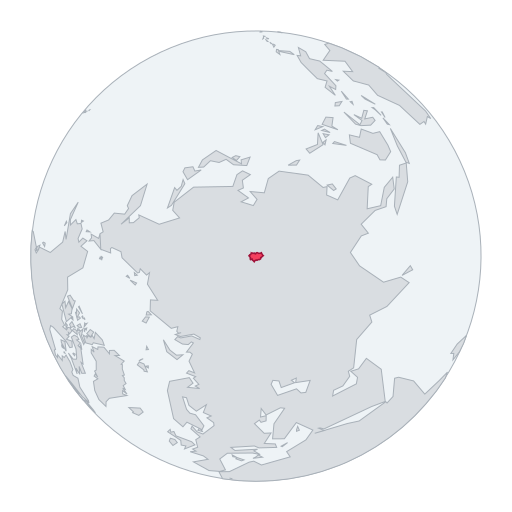 Övörhangay on an orthographic globe, rotated 242°
{"feature_id": "MNG-3327", "entity_name": "Övörhangay", "entity_type": "Province", "adm_level": 1, "iso_a3": "MNG", "parent_name": "Mongolia", "parent_adm1": "", "projection": "orthographic", "projection_center": [102.848, 45.744], "detail": "fine", "context": "on_globe", "style": "filled", "palette": "rose", "viewbox_px": 512, "rotation_deg": 242, "n_neighbors": 0, "source": "natural_earth", "source_scale": "10m", "svg_char_len": 13253}
<svg xmlns="http://www.w3.org/2000/svg" viewBox="0 0 512 512"><g transform="rotate(242 256 256)"><circle cx="256" cy="256" r="225" fill="#eef3f6" stroke="#a8b0b8"/><path d="M383.5,70.3L382.1,70.8L366.8,66.2L365.3,63.8L361.8,63.4L363.5,66.7L365.5,69.0L355.7,76.0L359.0,91.8L367.3,99.0L359.8,96.1L380.5,112.0L387.0,124.3L375.2,109.1L370.5,106.7L372.7,114.1L368.3,113.3L366.9,116.7L361.5,115.2L355.0,107.1L351.4,106.1L353.1,111.5L348.8,113.9L346.8,106.0L339.1,109.5L326.8,97.6L325.8,79.7L314.5,73.9L301.6,58.1L298.3,59.2L291.3,54.7L284.8,54.5L284.3,52.1L279.6,54.1L281.4,56.3L279.9,58.1L276.3,58.3L274.9,55.1L276.6,54.5L274.3,53.8L275.2,52.2L272.7,53.1L271.5,49.5L267.3,53.5L261.8,51.0L262.5,48.6L269.4,48.3L288.2,43.6L291.0,42.0L288.0,39.4L267.5,35.1L267.7,33.9L262.8,32.5L259.5,33.1L262.1,34.5L254.7,35.9L258.8,38.0L256.4,39.0L257.7,41.8L250.0,42.1L241.7,41.0L240.1,38.9L236.4,38.5L231.7,41.4L222.9,38.9L206.8,40.2L205.4,39.7L213.6,36.5L229.1,33.8L239.8,31.6L225.2,33.9L221.8,33.6L218.0,34.1L213.7,35.0L212.0,35.6L209.3,35.9L222.2,33.3L223.0,33.2L225.3,32.8L221.1,33.5L228.4,32.5L233.5,31.8L249.3,30.8L265.1,30.9L280.8,32.1L296.5,34.4L311.9,37.8L327.1,42.2L341.9,47.7L356.3,54.3L370.2,61.8L383.5,70.3ZM464.9,174.7L463.2,171.9L463.4,171.0L464.9,174.7ZM462.8,172.1L463.2,172.6L462.9,172.5L462.8,172.1ZM462.9,173.2L462.8,172.4L463.1,173.7L462.9,173.2ZM463.3,175.3L463.0,174.0L463.1,174.3L463.3,175.3ZM463.2,177.4L463.1,177.8L462.6,176.3L463.2,177.4ZM367.0,70.3L364.0,66.9L364.0,64.5L367.1,67.3L367.0,70.3ZM366.3,75.9L363.6,73.8L367.8,73.7L368.0,74.9L366.3,75.9ZM374.3,104.7L372.6,100.9L375.7,104.9L374.3,104.7ZM367.6,117.4L369.5,118.8L367.9,120.0L367.6,117.4ZM261.9,41.6L259.9,41.7L260.7,41.1L261.9,41.6ZM264.5,42.8L266.8,42.0L268.4,42.5L266.9,43.0L264.5,42.8ZM358.3,119.0L355.2,120.7L357.2,117.5L358.3,119.0ZM261.1,43.7L270.9,43.5L273.5,44.5L270.1,47.1L261.1,43.7ZM352.7,120.7L345.4,125.3L348.9,128.7L334.8,122.1L345.7,120.1L347.6,115.6L349.2,119.3L352.7,120.7ZM283.5,57.0L281.5,54.6L286.5,56.4L283.5,57.0ZM287.1,57.8L304.6,62.0L305.8,66.1L299.7,63.7L303.9,69.1L295.9,68.9L291.7,65.9L292.6,63.3L288.8,65.3L287.1,57.8ZM328.3,118.0L325.5,118.1L327.1,116.5L328.3,118.0ZM279.7,58.9L283.2,59.3L284.5,62.7L277.8,62.7L279.5,61.6L279.7,58.9ZM309.0,70.7L308.7,73.5L302.1,74.1L301.2,75.3L295.8,69.3L309.0,70.7ZM277.4,60.9L274.4,62.7L270.5,61.3L276.5,58.9L277.4,60.9ZM287.6,63.7L287.9,65.4L285.5,64.4L287.6,63.7ZM255.0,58.2L259.0,58.2L260.1,59.9L255.0,58.2ZM273.5,63.4L274.9,63.9L275.7,64.7L273.0,65.6L273.5,63.4ZM291.5,70.3L288.8,70.0L293.4,72.7L288.6,73.5L285.9,69.5L285.1,71.5L283.6,71.8L283.0,68.3L291.5,70.3ZM272.8,68.9L267.7,64.5L259.9,63.9L258.7,62.3L271.5,63.5L272.8,68.9ZM278.8,68.8L274.8,68.5L275.5,66.4L278.6,65.4L278.8,68.8ZM286.4,75.6L294.4,75.4L294.7,76.3L286.4,75.6ZM270.4,69.1L271.7,70.2L269.8,69.3L270.4,69.1ZM281.3,74.0L284.1,73.7L284.4,74.8L281.3,74.0ZM271.9,72.8L270.3,71.3L272.3,70.4L271.9,72.8ZM276.1,73.6L275.9,75.2L274.1,71.0L277.3,73.3L276.1,73.6ZM281.1,75.0L282.2,75.6L279.9,75.0L281.1,75.0ZM265.0,77.0L262.3,72.0L266.9,70.1L268.9,75.1L265.0,77.0ZM75.0,121.9L82.9,122.0L78.1,131.3L77.2,153.2L75.9,157.7L68.9,162.7L62.6,191.9L68.9,191.2L70.2,213.7L75.6,224.5L90.0,213.4L81.3,195.2L86.8,184.8L99.4,193.1L108.1,209.8L110.5,206.3L110.9,190.3L118.9,189.0L111.7,184.4L110.2,190.0L105.7,187.5L106.8,182.3L109.6,181.9L108.7,175.9L95.6,180.0L92.7,186.2L86.6,175.3L81.0,184.8L77.3,184.4L85.2,168.5L89.0,165.4L98.8,144.0L94.2,146.1L84.7,166.7L85.0,162.6L78.7,166.5L83.7,160.4L95.3,138.1L93.8,128.7L81.5,128.6L82.8,122.9L88.6,113.8L103.6,104.1L99.0,118.2L104.2,115.7L114.1,106.0L111.9,111.4L115.3,109.4L114.5,114.7L122.1,116.6L122.5,121.7L134.0,117.4L135.8,119.7L128.5,121.4L123.7,125.6L125.9,139.3L128.8,140.4L136.1,136.7L135.8,141.3L142.5,136.0L148.0,142.4L147.0,130.5L155.6,126.7L163.5,128.1L166.1,125.0L153.2,122.7L148.3,123.8L144.2,128.1L130.5,130.3L128.0,126.8L141.7,117.0L139.5,111.3L151.1,106.9L178.8,114.6L185.9,120.9L179.9,140.0L173.3,140.7L172.2,133.9L165.4,144.0L169.7,141.3L169.5,145.3L177.5,143.3L177.8,146.1L185.2,139.7L186.3,142.9L181.6,146.9L194.6,147.5L199.2,153.7L202.1,152.5L203.8,149.5L208.6,159.9L210.5,158.6L209.6,154.6L212.8,149.7L220.3,145.1L221.6,148.9L219.0,151.1L215.6,161.7L208.6,167.2L209.9,168.4L216.2,164.5L220.4,151.5L224.6,147.8L223.5,153.9L224.2,151.3L226.7,150.7L230.3,153.8L231.9,147.2L257.3,136.8L266.8,142.2L263.0,148.4L282.1,146.9L291.3,154.2L290.5,150.4L299.1,147.8L296.3,145.4L296.6,143.5L317.3,136.9L323.2,138.8L331.2,132.7L330.8,130.9L326.9,129.1L334.8,122.1L348.9,128.7L349.1,132.4L357.8,134.5L357.0,142.8L360.4,151.0L354.6,159.7L357.8,165.8L360.9,166.0L367.5,174.9L370.6,193.6L354.7,177.6L347.4,151.8L349.2,162.0L344.8,159.7L343.0,163.4L344.6,170.9L347.3,171.8L329.5,185.4L325.5,206.4L335.4,203.9L341.9,209.0L346.1,233.2L328.3,268.2L336.8,277.4L337.5,284.1L330.5,289.2L329.3,279.5L322.0,276.8L322.4,270.9L310.8,276.6L310.8,268.3L301.8,277.3L305.5,283.5L315.7,281.1L307.9,293.0L318.6,303.2L320.1,316.2L302.9,340.0L285.0,347.4L283.9,351.3L276.7,347.0L267.2,354.5L280.8,375.4L280.4,381.3L265.0,391.9L264.6,387.7L245.5,376.3L241.9,389.7L256.4,401.5L261.4,413.7L250.3,409.5L245.2,398.4L238.5,394.0L240.3,382.6L234.7,363.8L223.4,365.9L224.3,358.4L214.8,341.0L198.7,342.8L173.0,356.3L169.4,373.9L160.6,378.7L150.0,347.9L150.4,328.6L143.3,327.3L135.0,305.7L111.4,289.7L110.9,283.4L105.8,282.3L100.5,271.7L101.0,261.5L96.4,257.9L96.0,284.6L101.2,288.7L109.7,285.6L108.2,293.6L113.8,305.4L97.2,313.4L66.9,301.8L68.8,287.4L71.4,234.9L74.1,231.9L74.3,231.4L74.6,230.4L69.8,234.4L71.9,224.6L65.2,258.0L61.9,269.6L66.4,302.2L64.7,302.7L67.6,311.0L83.0,321.0L82.0,325.0L71.7,336.5L54.8,340.2L59.9,358.9L63.6,370.6L59.4,365.9L59.7,366.6L52.1,351.9L45.7,336.6L40.3,321.0L36.1,305.0L33.1,288.7L31.3,272.2L30.7,255.7L31.3,239.2L32.1,230.7L32.3,229.7L34.8,213.1L38.6,196.8L43.6,180.8L49.8,165.2L57.1,150.2L65.5,135.7L75.0,121.9ZM72.4,128.3L70.4,130.6L72.4,128.3ZM112.2,235.9L120.7,245.4L125.6,231.6L129.3,234.3L129.7,228.9L126.0,230.6L128.0,216.5L134.9,217.6L138.3,212.5L135.6,209.1L122.8,209.6L119.7,229.4L114.0,231.4L112.2,235.9ZM221.0,33.7L219.9,34.0L215.5,34.7L217.4,34.3L221.0,33.7ZM196.8,40.1L192.9,40.6L197.0,39.7L198.9,38.8L210.0,36.3L205.2,39.4L205.4,38.3L196.8,40.1ZM223.4,34.5L217.0,35.3L224.2,34.3L223.4,34.5ZM135.3,94.8L132.1,98.2L128.2,98.9L127.7,93.7L133.3,92.5L135.3,94.8ZM128.5,103.0L142.3,95.5L143.2,98.8L140.4,98.1L139.6,101.1L134.8,100.9L122.2,112.0L117.9,113.4L119.2,102.3L121.2,104.9L124.2,101.2L128.5,103.0ZM175.9,74.6L181.9,72.6L176.1,82.3L171.2,83.1L170.3,77.7L175.6,73.5L175.9,74.6ZM253.1,49.0L255.7,48.4L256.1,49.1L254.2,50.3L253.1,49.0ZM256.8,58.0L241.8,52.6L244.1,51.6L232.6,50.3L234.2,47.1L241.6,48.0L234.2,44.9L241.5,44.4L235.8,42.7L252.1,44.9L258.4,44.8L250.8,46.1L249.2,48.9L250.4,50.0L258.4,53.4L271.1,54.9L271.5,58.3L268.5,60.4L265.5,60.5L266.1,58.2L261.7,60.1L260.4,56.8L256.8,58.0ZM232.3,88.7L234.3,84.8L225.1,90.3L223.7,86.1L222.8,87.0L219.0,84.9L212.7,83.9L213.1,81.9L210.4,82.5L207.9,81.2L204.4,81.4L203.9,77.9L199.6,77.9L201.9,76.3L194.6,77.3L199.8,75.1L196.9,73.5L193.4,76.5L199.2,59.7L197.7,55.2L193.6,52.9L203.0,49.9L212.9,50.5L221.6,53.6L221.8,58.7L226.0,56.7L227.3,58.6L223.4,59.4L230.2,59.5L230.3,61.4L238.1,65.5L247.8,65.0L250.9,66.7L247.1,67.9L252.9,68.8L247.8,72.4L249.9,73.8L246.9,78.9L238.4,80.7L241.4,82.2L239.3,86.5L232.3,88.7ZM263.9,78.3L254.0,80.9L248.4,80.1L255.8,71.6L254.6,69.8L259.2,64.9L267.3,66.3L265.2,67.5L265.1,69.1L262.6,68.0L264.5,70.1L261.8,72.0L262.5,74.1L259.1,74.3L263.9,78.3ZM78.8,158.3L78.6,161.1L79.2,164.6L75.3,167.3L78.8,158.3ZM86.4,143.0L86.9,144.7L81.6,149.7L81.9,147.1L86.4,143.0ZM91.6,141.6L87.3,144.4L89.7,141.3L91.6,141.6ZM129.4,122.9L130.4,124.7L128.8,126.0L126.2,126.3L129.4,122.9ZM204.7,105.7L206.8,103.1L208.2,103.5L215.6,100.1L217.2,103.2L213.3,106.4L204.7,105.7ZM86.0,212.8L81.8,212.5L82.2,209.5L83.5,210.2L86.0,212.8ZM76.3,188.9L76.4,196.3L75.3,189.6L76.3,188.9ZM207.7,108.4L210.6,106.6L209.6,109.3L207.7,108.4ZM218.7,105.3L218.3,108.2L218.2,103.2L218.7,105.3ZM83.8,392.3L87.1,404.6L81.3,398.2L75.9,390.7L71.8,381.1L77.1,384.9L78.5,382.3L83.8,392.3ZM317.7,435.0L324.3,434.4L324.0,435.1L317.7,435.0ZM310.8,433.8L318.4,432.9L309.4,435.4L310.8,433.8ZM321.4,432.5L329.1,429.9L332.5,428.2L331.8,429.6L321.4,432.5ZM305.6,434.5L277.1,436.4L265.8,434.8L268.5,432.4L286.8,432.5L305.6,434.5ZM267.6,432.3L250.3,424.8L226.5,400.2L235.0,401.6L259.9,417.0L258.3,419.3L268.8,425.3L267.6,432.3ZM309.4,416.8L307.7,423.6L292.0,424.5L284.9,423.9L280.0,415.3L282.7,410.6L288.6,410.5L311.2,392.3L319.1,395.3L312.2,403.1L318.7,408.5L309.4,416.8ZM170.3,375.8L175.0,387.7L170.3,387.9L170.3,375.8ZM320.2,379.0L311.2,387.8L319.3,376.6L320.2,379.0ZM324.9,368.5L325.6,372.4L321.8,369.1L324.9,368.5ZM283.8,357.2L277.6,358.3L277.4,355.3L285.2,352.1L283.8,357.2ZM321.1,327.0L321.3,336.3L320.2,339.6L317.3,334.4L321.1,327.0ZM225.5,134.9L213.4,135.8L205.8,139.2L203.1,145.1L201.6,137.6L213.4,132.3L225.5,134.9ZM253.2,136.0L255.4,131.3L257.9,133.4L257.8,134.7L253.2,136.0ZM252.1,133.1L248.4,127.5L251.9,125.0L254.1,129.9L252.1,133.1ZM227.6,117.1L223.9,117.1L224.8,114.9L227.6,117.1ZM364.7,453.3L363.6,453.4L358.8,456.0L364.4,452.4L357.0,456.7L354.9,456.7L347.6,459.1L304.3,473.8L295.3,474.8L298.7,472.8L292.8,467.7L295.9,467.5L295.3,462.5L321.6,453.4L340.8,438.8L354.0,435.8L364.9,424.1L378.2,419.8L373.4,427.9L386.2,426.0L397.3,407.2L402.8,417.7L410.5,416.0L409.8,420.2L399.6,429.5L382.7,442.3L364.7,453.3ZM441.4,383.1L442.7,381.5L444.0,380.2L441.9,383.0L441.4,383.1ZM451.3,366.2L451.8,366.0L451.1,367.1L451.3,366.2ZM450.9,366.7L452.1,364.2L451.6,365.7L450.9,366.7ZM445.4,367.5L446.4,365.7L446.8,365.8L445.4,367.5ZM334.0,432.6L343.4,425.9L348.4,424.2L334.0,432.6ZM444.2,367.2L441.8,369.4L442.2,368.3L444.2,367.2ZM444.6,365.0L444.5,364.0L445.7,365.4L444.6,365.0ZM440.2,366.6L443.0,366.1L439.8,367.2L440.2,366.6ZM438.3,368.6L436.2,369.5L436.3,369.0L438.3,368.6ZM411.8,389.4L420.2,391.3L413.0,395.8L405.1,395.9L398.2,403.8L383.1,410.1L386.8,405.8L384.9,402.2L368.8,406.5L365.6,404.5L371.4,400.5L360.6,401.5L372.5,396.2L377.2,400.9L383.8,393.4L395.0,389.9L405.6,386.7L413.8,386.5L411.8,389.4ZM372.2,410.0L374.3,409.2L372.4,411.7L372.2,410.0ZM432.0,369.8L435.2,370.0L434.7,371.0L433.1,371.9L432.0,369.8ZM415.8,384.3L424.8,373.7L426.8,372.3L420.8,381.9L415.8,384.3ZM422.7,371.7L426.8,369.7L428.8,371.1L427.9,372.5L422.7,371.7ZM348.0,411.6L347.5,413.4L344.4,412.9L348.0,411.6ZM352.1,409.5L361.5,408.7L351.2,411.2L352.1,409.5ZM323.1,409.4L325.9,413.2L334.9,408.8L328.0,414.0L334.0,419.6L331.9,422.5L326.0,416.4L323.7,424.2L319.8,424.8L317.7,418.7L321.8,409.9L325.7,405.8L341.8,401.2L323.1,409.4ZM352.1,404.4L349.6,400.0L351.4,396.1L354.2,398.1L352.1,404.4ZM342.0,389.0L335.1,384.0L329.0,387.6L341.2,376.2L345.8,382.9L342.0,389.0ZM335.9,376.0L330.2,379.4L336.0,372.9L335.9,376.0ZM328.7,377.4L327.9,372.9L332.5,372.7L328.7,377.4ZM338.9,375.7L339.7,367.5L342.2,371.7L338.9,375.7ZM325.6,362.6L335.6,368.7L322.8,367.5L321.5,351.7L327.0,350.5L325.6,362.6ZM351.3,288.4L349.5,283.6L354.2,281.2L354.1,285.2L351.3,288.4ZM367.9,270.3L354.9,279.1L344.2,286.5L347.9,288.0L346.1,297.2L340.2,290.3L347.1,279.0L355.4,275.0L355.9,267.3L361.5,260.5L359.1,251.6L361.3,246.8L366.0,253.8L367.9,270.3ZM357.7,248.0L355.5,231.4L364.7,231.1L367.2,234.6L364.4,242.2L359.7,241.9L357.7,248.0ZM357.7,227.5L353.2,227.1L340.4,205.1L340.0,200.4L354.6,216.3L351.1,217.0L352.6,222.7L357.7,227.5ZM326.8,120.0L325.6,118.3L328.1,119.3L326.8,120.0ZM294.8,142.2L295.6,139.7L298.5,140.8L294.8,142.2ZM299.3,133.6L295.5,134.1L299.0,131.9L299.3,133.6ZM287.1,135.7L293.8,133.5L288.2,137.9L287.1,135.7Z" fill="#d9dde1" stroke="#a8b0b8" stroke-width="1"/><path d="M259.5,249.9L259.5,250.0L259.5,250.3L259.6,250.5L259.9,250.8L260.0,250.9L260.0,251.0L260.0,251.4L259.9,251.4L259.8,251.5L259.7,251.6L259.8,251.7L259.9,251.9L260.0,251.9L260.0,252.1L260.2,252.3L260.2,252.8L260.3,252.9L260.6,253.2L260.8,253.3L260.6,253.4L260.6,253.5L260.6,253.8L260.4,254.1L260.3,254.3L260.1,254.4L259.8,254.4L259.7,254.5L259.6,254.8L259.5,255.5L259.5,255.8L259.3,256.0L258.7,256.1L258.4,256.2L258.2,256.3L258.1,256.5L258.1,256.8L258.2,257.0L258.3,257.2L258.6,257.5L258.6,257.8L258.6,258.2L258.5,258.3L258.3,258.7L258.3,258.8L258.2,258.9L257.7,259.2L257.1,259.5L256.6,260.7L256.5,260.9L256.5,261.1L256.4,261.2L256.3,261.4L256.2,261.5L256.4,262.1L256.4,262.3L255.4,262.2L254.0,262.3L253.1,262.5L252.9,262.6L252.5,260.8L252.4,260.5L252.3,260.2L252.2,260.1L252.4,259.7L252.4,259.4L252.1,259.2L251.8,259.0L251.5,258.9L251.4,258.8L251.3,258.7L251.3,258.4L251.2,257.9L251.2,257.7L251.2,257.3L251.2,257.2L251.3,257.1L251.5,256.8L251.7,256.6L251.7,256.3L251.8,255.8L251.8,255.7L251.7,255.4L251.7,255.0L251.8,254.9L251.9,254.7L252.0,254.6L252.3,254.5L252.3,254.4L252.4,254.1L252.3,253.9L252.2,253.7L252.3,253.6L252.5,253.3L252.5,253.2L252.4,253.0L252.4,252.9L252.4,252.6L252.2,252.3L251.9,252.0L251.8,251.9L251.7,251.7L253.2,251.4L253.3,251.3L253.6,251.1L254.1,251.0L254.5,250.8L254.8,251.1L255.0,251.2L255.1,250.9L255.2,250.7L255.4,250.5L255.5,250.3L255.7,249.9L255.5,249.7L255.4,249.5L255.4,249.4L255.5,249.4L255.8,249.5L256.0,249.5L256.5,249.7L256.6,249.8L256.8,250.2L256.9,250.3L257.4,250.3L257.8,250.3L257.9,250.2L258.2,250.1L258.4,250.0L258.5,250.0L258.9,250.0L259.3,249.9L259.5,249.9Z" fill="#f43f5e" stroke="#9f1239" stroke-width="1.5"/></g></svg>